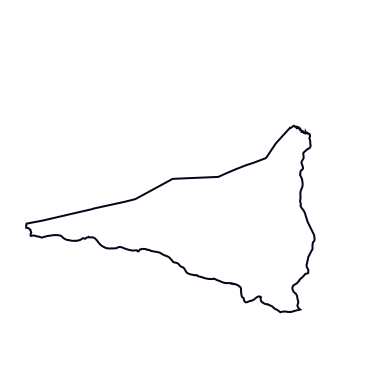 Luangwa, Lusaka, Zambia (Albers equal-area conic projection), rotated 21°
{"feature_id": "96606910B48730551364911", "entity_name": "Luangwa", "entity_type": "district", "adm_level": 2, "iso_a3": "ZMB", "parent_name": "Zambia", "parent_adm1": "Lusaka", "projection": "albers", "projection_center": [30.16, -15.353], "detail": "fine", "context": "isolated", "style": "outline", "palette": "ink", "viewbox_px": 384, "rotation_deg": 21, "n_neighbors": 0, "source": "geoboundaries", "source_scale": "gbopen_adm2", "svg_char_len": 5926}
<svg xmlns="http://www.w3.org/2000/svg" viewBox="0 0 384 384"><g transform="rotate(21 192 192)"><path d="M56.6,289.8L57.1,290.7L57.7,290.6L58.6,289.9L59.8,289.3L61.0,289.1L62.3,289.1L63.6,288.9L65.5,288.5L67.4,288.5L68.0,288.3L68.7,288.0L69.6,287.2L72.7,285.0L78.6,281.7L79.2,281.4L80.4,281.1L82.2,280.3L84.6,279.9L85.9,280.0L88.3,281.0L89.5,281.3L90.7,281.5L92.0,281.5L97.8,280.5L101.3,279.0L101.8,279.1L102.2,278.6L103.8,277.6L105.2,276.4L106.7,274.2L108.9,274.0L110.0,272.2L111.2,271.7L111.4,271.3L111.6,270.9L112.0,271.1L112.7,271.0L113.3,270.9L114.9,270.1L115.4,270.0L117.3,269.9L117.9,270.0L120.3,271.1L120.6,271.5L121.3,271.7L121.1,271.6L121.7,271.9L122.3,272.4L122.8,272.7L125.8,274.2L127.1,274.6L128.9,274.9L130.9,275.1L132.3,275.1L132.9,275.0L134.9,274.4L140.8,272.0L141.3,271.7L142.6,270.4L143.5,269.6L144.5,269.1L146.4,268.8L150.3,268.9L151.3,268.8L152.9,268.7L155.4,268.4L157.3,268.0L158.4,267.6L160.9,266.3L161.4,266.2L162.2,266.5L162.6,266.9L163.1,266.7L163.4,266.3L163.6,265.6L164.1,264.7L164.0,264.3L164.1,264.2L164.9,263.8L165.6,263.1L167.6,262.4L169.2,261.9L169.4,262.0L170.4,261.8L171.1,262.1L171.4,262.0L171.7,261.8L172.0,261.5L174.0,261.5L174.7,261.8L175.3,261.7L175.5,261.5L177.9,261.2L179.7,260.7L181.4,260.5L182.7,260.2L183.4,260.3L184.5,260.2L185.1,260.4L185.1,260.5L185.4,260.6L185.8,260.5L187.5,260.9L189.1,261.0L189.4,260.9L190.4,260.8L191.0,261.1L191.5,260.9L193.1,261.0L193.7,261.1L195.4,261.8L198.1,263.2L199.1,263.9L199.6,264.1L200.8,264.1L201.9,263.8L203.1,263.7L203.9,263.7L204.5,263.8L205.6,264.2L207.1,265.1L208.4,265.6L210.8,265.6L211.4,265.8L212.4,266.4L214.9,268.4L215.9,269.1L216.6,269.3L217.3,269.4L218.6,269.5L219.8,269.5L222.3,269.0L223.2,269.0L223.8,268.7L224.2,268.8L224.4,268.6L224.8,268.6L225.5,268.1L226.3,267.9L226.5,267.9L226.6,268.3L227.9,268.4L232.1,267.9L233.6,268.0L237.9,267.4L239.2,267.1L240.0,266.7L241.4,266.3L241.7,266.1L243.1,265.5L243.1,265.3L243.5,265.0L244.2,265.0L247.0,265.3L249.8,265.2L252.7,265.4L254.1,265.3L254.7,265.2L255.2,265.2L255.4,265.0L255.9,264.9L257.2,264.7L257.5,264.5L257.9,264.2L258.4,264.0L258.9,263.9L259.7,263.6L260.8,263.4L261.1,263.5L261.7,263.5L261.6,263.2L262.5,263.3L262.8,263.2L263.0,262.9L263.1,263.0L263.4,263.1L264.5,262.7L264.7,262.8L265.3,262.6L266.1,262.4L266.5,262.7L267.7,262.5L268.0,262.6L268.5,262.6L269.0,262.9L269.3,262.9L269.5,262.9L269.7,263.2L270.0,263.1L271.1,263.4L271.8,263.9L272.6,265.1L273.7,267.9L275.5,271.1L276.0,271.7L276.6,272.1L276.9,272.3L278.3,272.6L278.5,272.8L279.1,274.0L280.1,275.2L281.5,275.8L282.8,275.2L285.0,273.1L286.2,272.4L286.7,271.9L286.9,271.9L287.6,271.1L288.7,269.8L289.6,268.0L290.3,266.9L291.5,265.8L292.1,265.4L292.5,265.5L292.4,265.3L292.6,265.2L294.1,265.5L294.3,266.9L294.9,268.1L295.8,269.2L297.1,269.8L298.3,269.9L298.5,270.1L298.8,270.1L299.8,270.3L301.2,270.2L302.6,269.7L303.1,269.7L303.4,270.0L304.2,269.7L305.3,270.0L306.6,269.9L308.0,270.1L310.6,271.2L311.4,271.4L311.5,271.3L312.5,271.5L313.5,271.5L314.9,271.8L317.6,272.6L318.4,271.9L321.2,270.4L322.1,270.1L322.9,269.9L323.4,269.8L324.2,269.7L324.4,269.6L324.7,269.6L326.7,268.7L327.0,268.7L327.7,268.4L329.6,266.8L330.1,266.6L331.3,265.5L333.8,264.0L335.1,263.0L334.1,262.7L332.9,262.1L331.9,261.2L331.0,260.1L330.9,257.3L330.3,256.0L328.7,253.8L327.3,251.4L326.3,250.4L325.4,249.8L325.2,249.7L322.5,248.7L320.6,246.7L320.0,245.4L320.0,243.0L321.9,240.6L322.5,239.8L323.0,238.8L323.2,237.6L323.8,236.9L323.9,236.1L323.8,235.7L323.9,235.4L324.8,233.3L325.7,231.9L326.2,230.4L326.7,229.4L326.9,228.3L327.8,227.4L328.8,226.7L329.5,226.1L329.3,225.3L328.3,222.7L327.6,222.3L326.3,221.1L325.3,219.6L325.0,218.8L324.9,217.0L324.5,215.2L324.4,213.6L324.0,212.0L323.9,210.5L324.2,209.1L324.1,208.5L324.5,205.8L324.6,204.6L324.8,203.2L324.9,201.9L324.7,201.2L323.9,199.5L323.1,196.8L323.0,195.6L323.6,194.0L323.5,192.8L322.8,190.9L321.7,188.9L321.2,188.2L310.4,178.2L308.2,175.3L306.9,173.8L305.5,171.8L304.8,171.0L303.2,169.6L302.2,168.9L300.2,167.7L298.6,166.4L298.1,165.7L298.1,164.7L298.0,164.4L296.8,162.7L296.2,161.8L296.0,161.1L295.7,159.5L295.3,158.3L294.2,155.8L293.8,154.6L293.3,153.6L293.1,151.3L293.1,149.1L293.2,147.5L292.6,145.3L291.5,142.9L290.9,141.9L290.2,140.9L290.1,140.5L286.7,137.3L286.6,135.9L286.1,135.0L286.0,133.6L286.3,132.8L286.2,132.7L287.1,131.1L287.2,130.8L287.2,130.0L286.0,128.2L283.9,125.8L283.6,125.2L283.5,124.0L283.6,123.1L283.8,122.1L284.0,120.9L284.0,120.1L283.5,118.9L282.5,117.0L282.0,116.1L282.0,115.7L282.5,114.2L283.3,112.8L283.7,112.0L284.0,111.6L284.4,110.5L285.1,110.1L285.7,109.3L286.1,108.4L286.3,107.7L286.3,107.3L286.2,106.9L286.2,106.5L286.1,106.1L285.9,105.6L285.3,105.1L284.9,103.8L284.7,103.5L283.7,101.3L282.5,100.1L282.3,99.6L282.2,98.6L282.3,98.0L282.1,97.3L281.6,96.4L281.3,96.5L281.1,96.2L280.7,95.8L280.1,95.8L279.8,95.7L279.5,95.9L279.1,95.9L278.8,95.8L278.4,95.4L278.1,95.6L278.1,95.9L278.0,96.0L277.8,96.1L277.0,95.3L276.6,95.3L276.4,95.1L276.6,95.9L276.5,96.6L276.3,96.5L276.0,96.2L275.6,96.2L275.3,96.6L274.9,96.2L274.4,96.3L274.0,95.9L273.8,96.0L273.7,96.4L273.4,96.5L273.5,96.2L273.4,95.9L273.4,95.5L271.7,95.6L271.6,95.3L271.4,95.3L271.4,95.0L271.2,94.8L271.0,94.7L270.7,95.2L270.3,94.7L270.4,94.4L270.2,94.1L269.9,93.9L269.8,94.0L269.6,94.5L268.9,94.0L268.2,93.9L268.0,93.3L267.9,93.3L267.5,93.5L267.6,93.8L267.8,93.9L267.9,94.4L267.7,94.4L267.3,94.2L266.8,94.8L266.4,94.2L266.5,93.9L266.4,93.7L266.0,93.6L265.9,93.8L265.9,94.1L265.7,94.1L265.3,94.0L265.0,94.1L264.9,93.9L264.2,93.9L263.9,93.7L263.7,93.6L263.3,93.8L263.2,93.8L261.1,97.0L260.5,96.9L252.8,116.7L249.0,133.6L248.3,134.4L238.6,143.0L232.9,147.6L224.7,155.1L218.5,161.1L211.1,168.5L183.4,180.5L169.2,186.7L141.6,219.0L132.9,225.1L106.0,242.8L105.0,243.7L62.5,272.4L48.9,280.8L49.2,281.7L49.0,282.3L50.0,284.8L50.7,284.6L51.1,284.6L52.1,284.3L53.7,285.1L54.2,285.0L54.7,285.1L55.4,286.4L56.3,287.2L56.5,287.5L56.3,288.5L56.5,289.2L56.6,289.8Z" fill="none" stroke="#020617" stroke-width="2"/></g></svg>